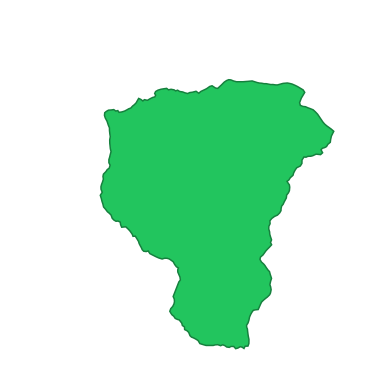 Itatinga, São Paulo, Brazil, rotated 202°
{"feature_id": "56859067B26400224178841", "entity_name": "Itatinga", "entity_type": "district", "adm_level": 2, "iso_a3": "BRA", "parent_name": "Brazil", "parent_adm1": "São Paulo", "projection": "orthographic", "projection_center": [-48.634, -23.143], "detail": "fine", "context": "isolated", "style": "filled", "palette": "green", "viewbox_px": 384, "rotation_deg": 202, "n_neighbors": 0, "source": "geoboundaries", "source_scale": "gbopen_adm2", "svg_char_len": 3839}
<svg xmlns="http://www.w3.org/2000/svg" viewBox="0 0 384 384"><g transform="rotate(202 192 192)"><path d="M261.7,273.7L263.4,271.5L263.5,269.3L262.0,268.2L262.1,266.2L263.7,265.1L265.7,262.9L267.7,260.3L270.7,259.8L271.7,258.0L274.2,258.7L276.5,258.8L276.8,256.8L277.2,253.7L278.2,251.3L279.3,249.4L280.2,246.9L281.8,245.5L283.2,243.7L284.9,241.7L287.3,239.8L289.5,238.5L291.3,239.7L293.0,238.5L295.4,239.1L297.6,237.8L300.1,236.6L301.6,234.7L302.6,232.8L301.9,230.3L300.2,228.2L297.3,225.8L294.6,222.6L292.6,220.6L291.5,218.0L290.0,215.2L288.5,212.7L287.8,209.4L286.5,206.4L285.1,203.8L283.9,201.5L282.2,199.1L281.8,195.9L281.4,193.4L281.2,190.9L280.0,188.0L278.0,186.2L277.7,183.1L279.0,181.0L279.4,178.8L280.8,175.4L280.4,173.1L279.0,170.7L278.7,167.3L278.7,165.2L278.4,162.8L277.4,160.5L275.1,158.1L275.8,154.6L273.5,151.8L272.1,149.8L270.0,147.3L268.4,145.0L265.5,143.5L263.0,142.0L260.7,141.3L258.4,140.3L256.1,137.7L253.8,136.7L251.5,136.4L249.8,137.3L247.3,137.2L245.9,134.9L244.0,133.0L240.4,134.9L237.7,133.9L235.1,132.7L233.5,131.7L231.4,130.3L230.1,128.8L228.0,129.8L225.8,128.2L223.0,126.1L221.7,124.4L219.6,122.6L218.1,121.4L216.6,119.9L214.6,119.0L212.2,119.6L210.5,120.9L208.0,119.1L204.7,118.8L201.1,118.5L198.1,118.4L194.6,118.7L192.5,120.4L190.3,121.2L188.0,121.4L186.2,121.0L183.3,120.3L180.9,118.3L178.4,116.8L176.2,116.5L176.1,114.5L175.2,112.5L173.3,110.6L171.2,108.5L169.8,106.0L170.5,103.8L170.3,88.0L168.4,86.2L167.2,83.8L166.8,81.7L167.0,78.7L168.0,75.9L167.9,73.1L166.3,71.8L164.5,70.6L162.4,70.0L160.2,68.5L157.7,68.4L155.9,68.6L152.4,66.6L150.9,64.6L148.5,64.1L147.3,61.7L144.7,61.5L142.5,60.6L140.0,58.0L138.2,57.3L136.2,57.3L133.8,57.1L130.8,56.6L127.9,54.4L124.2,54.7L121.5,55.0L117.8,56.5L114.8,57.7L113.3,58.9L110.9,60.1L107.9,60.2L106.2,61.9L103.6,61.8L101.8,61.3L99.2,61.9L98.0,63.4L95.4,64.4L92.8,63.1L90.9,64.6L89.4,66.6L87.4,66.9L85.2,66.4L85.0,68.9L82.4,70.1L82.5,72.8L83.2,74.7L84.0,76.7L85.8,79.4L86.8,81.1L88.2,83.6L89.3,85.7L90.7,87.2L91.5,89.0L91.0,91.5L91.2,94.4L91.8,97.7L91.7,100.8L91.4,103.0L90.8,105.3L88.9,106.6L86.6,107.8L86.4,114.1L86.2,116.2L85.1,118.7L83.8,121.1L82.8,122.8L81.5,125.8L81.4,127.7L82.0,131.0L83.6,133.6L85.1,135.3L85.7,138.9L85.9,141.7L88.5,144.8L90.4,147.3L92.1,148.0L94.8,149.7L96.9,151.2L98.6,152.1L101.4,153.1L103.8,155.0L104.1,157.4L102.6,160.2L101.9,163.1L101.4,165.2L100.6,167.3L99.3,170.4L98.4,172.9L100.3,174.6L100.3,177.4L102.6,180.1L104.1,182.0L105.1,184.1L107.0,186.5L107.9,189.0L107.7,191.8L109.0,194.5L108.1,197.4L106.3,200.3L104.1,202.6L102.9,205.4L102.5,208.0L103.2,210.0L103.6,212.6L102.9,214.7L102.8,217.3L102.3,221.8L103.1,224.7L102.3,227.3L102.2,229.8L103.2,233.1L104.4,235.1L106.1,236.2L107.9,237.5L106.7,239.4L106.2,242.1L104.6,245.3L104.9,247.8L104.6,250.9L104.0,253.7L101.3,256.7L100.8,259.7L102.0,262.9L101.3,266.4L99.3,267.0L97.9,268.5L95.2,269.7L93.6,270.9L91.1,273.6L86.8,274.8L85.6,277.3L88.2,279.5L87.5,281.4L85.6,282.9L84.3,284.5L83.9,287.1L82.4,289.9L83.1,292.5L83.7,296.1L83.3,301.4L86.5,302.5L91.8,303.8L94.5,304.7L97.0,306.0L104.7,311.2L107.8,312.6L110.5,313.6L113.9,313.6L116.0,313.5L118.7,313.6L121.2,312.9L124.0,312.9L125.7,315.1L125.8,320.0L125.2,323.9L124.8,326.6L127.2,328.3L133.6,329.3L136.2,329.5L139.5,329.6L141.8,329.3L144.4,328.8L148.3,326.8L153.0,323.2L155.0,322.5L157.2,322.0L159.3,321.1L163.9,320.2L165.8,319.4L168.0,319.0L170.2,318.3L172.5,317.9L177.8,317.5L181.5,315.6L185.9,313.4L192.0,310.9L195.0,310.5L197.9,310.5L200.0,309.9L201.7,308.3L203.3,305.9L204.8,302.3L207.0,297.7L209.0,297.2L213.2,298.0L215.1,296.5L216.8,293.8L218.0,292.3L221.5,288.5L222.7,286.1L226.0,286.9L229.1,284.6L231.3,283.4L232.9,281.7L235.8,281.3L238.0,281.3L241.0,280.6L243.5,281.0L245.1,279.6L246.9,280.0L249.9,279.4L252.1,277.9L254.3,278.6L256.4,277.4L259.2,275.7L261.7,273.7Z" fill="#22c55e" stroke="#15803d" stroke-width="1.5"/></g></svg>